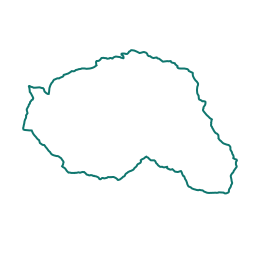 Kangpara, Tashigang, Bhutan (Equal Earth projection), rotated 263°
{"feature_id": "84629894B39590261295219", "entity_name": "Kangpara", "entity_type": "district", "adm_level": 2, "iso_a3": "BTN", "parent_name": "Bhutan", "parent_adm1": "Tashigang", "projection": "equal_earth", "projection_center": [91.702, 27.164], "detail": "fine", "context": "isolated", "style": "outline", "palette": "teal", "viewbox_px": 256, "rotation_deg": 263, "n_neighbors": 0, "source": "geoboundaries", "source_scale": "gbopen_adm2", "svg_char_len": 5741}
<svg xmlns="http://www.w3.org/2000/svg" viewBox="0 0 256 256"><g transform="rotate(263 128 128)"><path d="M82.4,232.1L83.4,231.9L83.8,230.9L84.4,229.9L84.9,229.3L85.2,228.8L85.4,228.8L85.8,229.3L87.0,229.3L88.3,229.1L88.8,228.7L90.0,228.3L90.8,228.3L91.6,228.1L94.0,227.0L96.6,227.3L97.5,226.9L98.4,226.3L98.9,225.7L99.3,224.4L100.0,222.9L100.9,221.2L101.4,220.5L102.8,219.3L103.8,218.6L104.6,217.7L106.7,216.5L107.3,216.7L109.9,216.8L111.4,215.8L112.4,214.3L113.3,213.7L115.2,212.7L116.2,212.5L117.2,211.9L119.0,211.4L120.0,210.8L121.1,210.8L122.4,211.2L123.2,211.1L124.0,211.5L125.1,211.7L126.3,212.3L127.9,210.4L129.3,209.4L131.4,207.6L135.5,205.0L136.6,204.6L137.5,204.8L138.1,205.3L138.7,205.3L139.4,205.5L141.6,207.4L143.4,208.0L144.6,208.0L144.9,207.7L145.4,206.4L145.4,205.5L145.5,205.0L146.3,204.3L147.6,202.2L148.4,201.9L151.6,202.0L152.5,201.5L153.9,201.0L155.2,201.0L157.4,201.1L160.4,201.8L162.1,202.7L163.0,202.9L163.9,202.9L164.4,202.5L165.6,202.0L167.0,200.8L169.1,199.7L170.8,199.1L171.8,198.8L173.4,198.8L174.5,199.0L174.9,198.9L175.9,197.3L177.2,195.3L178.3,195.0L178.7,194.7L179.3,193.9L180.1,191.4L180.5,188.2L180.6,187.5L181.0,185.7L181.6,184.8L182.4,184.4L183.3,184.7L184.1,183.9L185.0,183.2L185.4,182.7L186.5,182.4L187.0,181.3L187.4,180.0L187.9,179.1L189.2,178.5L189.3,176.2L189.6,175.1L189.6,171.0L189.7,170.6L192.3,168.0L193.1,167.1L193.4,166.0L193.8,165.5L194.5,165.1L194.5,164.1L194.3,161.8L194.6,161.2L195.2,160.1L196.5,158.8L196.9,157.2L198.0,156.3L199.2,156.1L200.0,155.6L200.6,155.0L201.4,153.3L201.5,152.4L201.1,150.0L201.0,148.6L202.7,146.1L204.1,143.7L204.8,141.2L204.8,140.5L204.1,139.6L203.6,138.3L202.7,137.7L201.7,136.4L201.7,135.0L202.2,134.0L202.4,133.0L202.6,131.4L202.5,130.7L201.6,130.5L200.8,131.4L199.8,132.1L198.5,132.2L198.0,132.1L197.8,131.7L198.2,131.0L198.5,129.9L199.3,128.8L200.3,125.1L200.4,124.4L199.9,122.5L199.4,121.6L198.9,121.2L198.9,120.7L199.6,119.5L199.7,118.7L199.3,117.8L199.3,115.8L200.0,114.8L200.3,113.0L200.6,112.4L200.7,110.4L200.4,109.9L199.2,108.8L198.2,107.1L198.3,105.0L197.4,104.3L194.5,104.2L194.0,104.4L192.6,101.9L192.1,100.3L191.8,98.5L191.7,97.2L191.8,94.1L192.4,92.1L192.7,89.4L192.4,88.3L192.4,86.2L192.1,85.2L191.9,83.3L191.1,82.0L190.9,81.1L191.3,79.0L190.6,77.9L189.4,75.4L188.7,71.8L188.6,70.9L188.3,70.5L187.5,70.2L186.9,69.5L186.5,67.9L185.9,66.0L185.6,65.5L185.8,65.0L185.9,63.9L185.6,62.8L185.2,61.7L185.0,60.6L184.3,59.8L182.8,58.7L181.6,57.3L181.0,57.0L180.1,56.3L177.2,54.9L173.2,54.0L171.5,53.5L171.5,52.7L171.8,52.3L172.4,51.3L174.4,49.6L176.9,49.2L178.0,48.4L178.2,47.3L179.1,45.3L179.2,44.0L179.3,40.9L179.5,39.2L180.2,38.1L180.8,36.6L181.7,35.4L181.7,34.9L181.5,34.7L179.3,35.0L176.8,35.0L175.8,34.9L174.3,35.8L170.6,37.2L169.2,37.6L168.5,37.1L167.9,37.0L167.4,35.7L167.1,35.4L166.5,35.0L165.8,34.1L165.5,33.9L164.8,33.8L163.8,33.2L163.4,32.5L161.9,32.0L161.5,31.7L160.5,30.8L159.5,30.3L159.0,29.8L158.1,29.7L156.3,29.9L155.0,30.1L154.2,29.4L153.8,29.2L153.2,28.5L152.8,28.3L151.6,28.3L150.2,27.8L149.0,26.9L147.2,26.1L145.3,25.6L142.9,24.7L141.8,24.4L141.0,24.0L140.3,23.9L139.2,24.1L138.6,25.4L137.9,28.7L137.7,29.4L137.3,32.1L135.0,32.8L133.3,33.5L132.0,34.3L129.9,35.8L129.4,36.0L127.9,37.0L126.7,38.3L123.9,38.7L121.7,41.1L121.3,42.8L120.5,43.3L118.9,44.1L118.0,44.8L115.1,46.4L113.5,47.8L112.0,48.4L110.7,49.6L109.8,51.3L108.8,53.8L108.7,54.7L108.3,55.6L107.1,56.8L106.6,57.5L105.9,58.1L104.9,58.5L102.8,59.7L101.9,59.9L101.4,59.6L99.5,59.0L98.1,57.9L97.4,58.4L96.1,60.1L95.1,60.9L92.9,62.0L91.0,63.5L91.0,63.9L90.9,64.7L90.3,66.3L90.0,68.5L90.0,69.1L89.8,69.7L90.0,70.0L89.8,71.6L90.0,73.1L90.0,73.7L89.5,74.7L89.5,75.1L89.5,75.5L89.7,76.0L89.9,77.6L89.7,78.5L89.6,79.1L89.3,79.2L89.1,79.6L88.2,80.4L86.9,81.2L86.6,81.8L86.4,82.5L86.0,83.0L85.6,84.3L85.8,85.2L85.5,86.5L85.1,87.0L84.6,87.9L84.7,88.4L84.3,88.9L84.2,89.4L83.9,90.4L83.1,91.8L82.3,92.8L81.0,93.3L80.6,93.9L80.5,94.3L80.6,94.7L81.5,96.2L81.5,96.7L81.3,97.4L80.9,98.1L80.9,98.8L81.1,100.8L81.2,101.2L81.6,101.8L81.7,102.4L81.5,103.5L81.3,104.4L81.4,104.9L81.2,105.5L81.3,106.1L81.1,107.8L80.0,109.6L79.1,110.6L78.4,111.2L78.0,111.3L77.7,111.6L77.6,112.2L78.0,113.9L79.5,116.4L79.9,116.8L80.3,117.4L80.5,118.4L81.0,119.0L82.1,119.6L82.7,120.1L83.2,120.9L83.7,122.0L84.2,122.6L84.5,123.5L84.9,124.5L85.0,125.5L85.4,126.5L85.6,127.4L86.2,128.5L87.6,129.7L88.2,130.8L89.2,132.0L90.2,132.6L90.8,133.2L91.2,134.0L91.4,134.9L91.9,135.9L92.2,136.3L93.1,136.8L94.4,136.7L94.7,137.1L95.3,138.3L95.6,139.4L96.0,140.4L96.9,141.6L97.2,142.3L97.3,142.8L96.9,143.0L96.0,144.5L95.2,144.9L94.1,145.9L93.6,146.3L93.2,146.7L93.0,147.6L92.9,148.7L92.8,149.1L92.7,150.1L91.8,151.0L89.9,151.6L89.5,151.8L88.4,152.8L88.0,152.9L87.2,153.4L85.6,155.1L85.4,155.9L85.4,157.1L84.7,158.3L84.5,159.3L84.7,162.1L84.4,162.2L83.3,162.0L82.9,162.4L82.6,163.1L82.1,163.7L82.0,164.2L81.6,164.6L81.5,165.0L81.5,165.9L81.7,167.1L79.0,169.3L78.8,169.9L78.3,171.8L78.3,172.5L78.7,174.3L78.8,175.0L78.7,175.4L78.0,175.6L77.6,175.9L75.9,176.2L74.0,176.8L73.6,177.1L73.5,177.5L73.0,177.9L72.6,178.0L70.3,178.5L69.0,179.2L68.4,179.4L67.9,179.5L66.8,179.8L64.7,180.1L62.9,180.8L62.5,181.1L62.0,182.1L61.3,183.2L60.3,184.0L59.3,185.8L58.8,187.1L58.1,188.6L58.1,188.9L57.7,189.9L57.7,190.4L57.9,191.1L57.8,191.7L57.3,193.0L57.2,193.9L56.8,194.7L55.7,195.7L54.1,198.6L53.7,200.3L53.2,205.8L53.2,206.6L52.9,207.8L52.8,209.5L53.1,210.3L52.9,211.3L52.2,215.1L51.7,215.5L51.3,216.2L51.2,216.9L51.2,217.8L51.8,219.8L52.5,220.4L53.2,220.4L54.8,220.9L57.0,222.7L59.1,223.6L59.6,224.1L60.5,224.6L60.8,224.7L62.8,224.4L64.2,224.4L67.4,224.1L68.1,224.2L68.8,224.6L70.3,225.8L70.8,226.6L71.3,227.1L72.6,227.8L76.2,231.1L76.8,231.2L78.4,230.7L79.1,230.7L81.1,231.0L82.4,232.1Z" fill="none" stroke="#0f766e" stroke-width="2"/></g></svg>